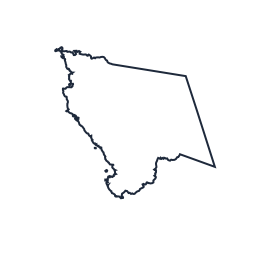 Baegu-Asifola, Malaita, Solomon Islands (Albers equal-area conic projection), rotated 200°
{"feature_id": "97153195B83644089590295", "entity_name": "Baegu-Asifola", "entity_type": "district", "adm_level": 2, "iso_a3": "SLB", "parent_name": "Solomon Islands", "parent_adm1": "Malaita", "projection": "albers", "projection_center": [160.871, -8.5], "detail": "fine", "context": "isolated", "style": "outline", "palette": "slate", "viewbox_px": 256, "rotation_deg": 200, "n_neighbors": 0, "source": "geoboundaries", "source_scale": "gbopen_adm2", "svg_char_len": 5924}
<svg xmlns="http://www.w3.org/2000/svg" viewBox="0 0 256 256"><g transform="rotate(200 128 128)"><path d="M33.1,121.2L69.0,167.7L91.5,196.5L164.5,182.5L165.7,182.6L167.2,182.4L168.9,182.6L169.9,183.1L170.7,184.2L171.8,184.3L172.8,184.9L173.7,185.8L175.1,186.4L176.5,186.1L177.8,185.4L178.8,184.5L180.2,184.2L181.6,183.6L182.4,183.1L182.8,182.3L183.5,182.4L184.0,182.6L185.3,181.1L186.0,180.7L186.7,181.2L187.2,182.6L188.8,183.3L190.0,183.6L190.6,182.9L190.5,182.2L190.9,182.0L192.8,182.7L195.3,181.6L197.5,181.3L198.8,181.2L199.3,182.4L198.9,183.3L200.4,183.6L201.6,182.2L202.7,183.0L204.8,182.1L203.2,180.9L202.1,179.7L202.8,178.4L203.9,178.0L206.0,180.2L207.2,179.5L208.8,179.9L211.1,178.8L211.9,179.4L213.0,178.9L214.3,178.2L215.2,178.0L216.4,178.1L216.7,178.2L216.8,178.5L216.6,178.8L216.9,179.4L216.6,179.8L216.9,180.6L217.1,180.9L217.6,181.2L218.1,181.2L219.0,180.3L219.1,180.0L219.1,179.5L219.5,179.0L220.2,178.5L220.5,177.7L221.3,177.5L222.0,177.7L222.9,176.3L222.9,175.9L222.7,175.5L222.4,175.4L222.0,175.6L220.9,176.6L219.2,177.4L218.1,177.1L217.3,176.6L216.4,176.6L216.1,176.3L215.9,175.4L215.1,174.9L213.6,174.7L213.4,173.6L213.0,173.2L212.6,173.0L212.5,172.5L211.7,171.4L211.2,171.1L210.7,171.2L210.5,170.9L210.5,170.0L209.3,168.5L208.3,166.8L207.5,166.0L207.1,164.6L206.8,164.1L206.1,163.6L205.5,163.0L205.2,162.9L204.1,162.8L204.0,163.4L203.8,163.4L203.6,163.1L202.9,162.7L202.7,162.1L202.5,161.9L201.9,161.8L201.6,161.5L200.9,161.5L200.4,161.0L199.9,160.9L198.9,161.2L199.3,160.6L199.1,160.3L199.0,159.9L200.2,159.8L201.7,157.6L200.9,156.9L201.0,156.0L200.2,154.7L200.3,154.0L200.1,153.7L198.4,152.4L198.1,152.5L197.7,152.8L197.6,152.7L197.6,151.7L196.8,150.5L195.7,150.5L194.9,150.2L194.7,150.4L194.5,150.0L195.0,149.2L194.9,148.8L194.5,148.3L194.9,147.6L194.9,147.2L195.1,146.9L198.9,145.7L199.4,145.3L199.9,144.4L200.1,143.6L200.8,143.2L202.3,143.0L202.6,142.8L202.5,142.3L202.0,141.2L201.3,140.6L201.1,139.1L200.8,138.6L199.6,137.7L199.1,136.9L198.2,136.3L197.5,136.1L196.5,136.4L196.3,136.3L195.7,135.0L195.5,134.2L194.9,133.8L194.7,133.5L193.7,132.7L193.2,131.2L193.3,129.9L192.9,129.2L192.9,128.8L192.0,126.9L190.9,125.4L190.2,125.3L190.1,125.2L190.5,124.5L190.5,123.9L189.9,123.1L188.4,122.4L187.2,122.2L186.0,122.4L183.5,121.6L182.7,122.0L182.3,121.7L182.1,121.2L181.6,121.2L181.5,121.7L181.3,121.7L179.8,120.4L179.4,120.4L178.5,120.7L178.0,120.7L177.7,119.6L178.2,119.4L178.4,119.2L178.0,117.8L177.4,117.7L177.1,117.5L175.8,116.1L174.7,114.6L174.2,114.4L173.5,114.4L173.0,114.0L171.5,113.8L168.8,112.0L168.1,110.8L166.8,110.1L166.4,109.7L164.8,109.0L164.2,109.0L163.7,109.2L163.1,108.7L162.9,108.7L162.5,108.1L161.7,107.5L161.3,107.4L161.0,107.5L160.5,107.2L159.8,108.1L159.7,107.9L160.0,107.4L160.0,106.9L159.3,106.5L159.2,106.1L158.8,105.9L158.2,105.2L157.9,104.4L157.2,104.5L157.1,103.5L155.3,102.1L154.4,101.8L154.0,102.1L153.9,101.9L153.7,101.9L153.4,101.7L153.0,101.8L153.1,101.4L152.6,101.1L152.2,101.1L151.9,101.7L151.6,101.2L151.3,100.9L151.0,101.0L150.6,100.9L150.3,101.0L150.1,100.7L149.6,101.0L149.5,100.6L148.1,100.1L147.9,100.3L147.6,100.0L146.9,99.9L146.6,100.5L146.4,100.5L146.3,100.2L146.6,100.0L146.6,99.7L146.3,99.8L146.1,99.7L145.2,98.3L144.5,97.9L144.0,97.3L142.9,96.7L142.7,96.7L142.2,96.0L142.1,95.6L141.9,95.5L141.6,94.9L141.1,94.5L140.4,94.2L139.9,93.5L139.5,93.4L139.4,92.1L138.7,91.4L138.6,90.9L137.8,90.5L137.4,90.0L136.3,89.6L135.7,89.6L134.8,88.9L134.1,88.9L133.7,88.4L132.5,87.6L129.3,88.4L129.2,88.3L129.7,87.6L129.8,87.2L129.6,86.9L129.6,86.5L129.3,85.6L128.4,85.0L127.5,84.8L126.9,84.2L125.5,84.1L126.1,83.6L125.9,83.2L125.6,83.1L124.8,81.4L124.2,80.8L123.6,80.6L124.3,80.0L125.0,79.9L125.3,78.9L125.1,78.8L125.1,78.4L124.9,78.1L125.6,77.4L125.8,76.7L126.8,76.6L127.1,76.4L127.6,76.8L128.1,76.6L128.3,76.3L129.0,76.5L129.9,75.6L129.6,75.2L129.2,75.0L129.6,74.8L129.8,74.4L129.7,74.0L130.0,73.3L129.8,72.7L129.5,72.8L129.2,72.5L128.9,70.8L129.1,70.5L129.0,70.1L128.7,70.0L129.6,69.3L129.4,68.7L128.3,67.5L127.7,67.3L127.3,67.7L127.5,67.0L127.1,66.7L127.2,66.4L125.7,64.7L124.5,63.8L122.5,62.9L122.1,62.9L121.9,62.4L121.7,62.4L120.7,61.3L120.1,61.4L119.1,61.3L117.6,60.9L117.1,60.4L117.0,59.8L116.5,59.5L115.6,60.0L115.4,59.6L113.2,60.6L112.4,60.5L110.6,59.6L108.8,60.6L108.9,61.1L109.6,61.7L110.6,61.7L110.9,62.4L110.9,63.2L111.1,64.3L110.1,65.6L109.4,66.9L109.0,68.2L107.2,68.4L105.2,67.1L104.3,67.7L102.6,67.1L101.7,68.0L100.6,67.8L99.3,68.4L98.6,70.0L97.6,71.6L96.2,72.6L95.9,73.4L95.8,74.9L93.5,77.2L93.1,78.1L95.0,80.0L94.3,80.8L92.8,80.6L92.0,81.2L91.8,83.2L91.0,83.5L90.2,83.1L89.7,83.4L87.9,83.6L86.3,84.5L85.5,85.5L86.2,87.4L85.0,89.9L85.0,91.4L86.9,92.2L86.3,93.1L86.5,93.9L87.0,94.7L86.5,95.6L87.0,97.4L87.5,98.1L88.4,97.6L89.2,97.9L88.2,99.4L87.9,101.0L89.5,104.0L89.7,105.3L89.5,107.2L89.6,108.7L89.4,110.2L88.7,110.1L88.0,110.4L87.4,110.0L87.1,110.1L87.0,111.0L86.1,110.3L85.7,110.6L85.4,111.6L84.7,111.6L84.0,111.3L83.8,111.7L83.8,112.4L82.3,112.4L81.8,112.2L80.8,112.8L79.4,111.7L78.4,111.6L77.3,111.7L76.6,113.0L75.1,113.2L73.4,114.0L72.4,115.2L71.7,117.5L70.8,117.9L70.2,120.3L70.2,121.1L33.1,121.2ZM181.0,118.8L180.8,118.5L180.6,118.3L180.0,118.2L179.6,118.4L179.3,118.1L179.2,117.7L178.7,117.6L178.8,118.3L179.8,120.0L180.3,120.2L180.6,119.9L180.7,119.3L181.0,118.8ZM134.6,79.9L133.9,79.4L133.1,79.7L132.9,80.7L133.3,81.1L133.7,81.2L134.1,80.8L134.6,79.9ZM198.2,149.0L198.2,148.5L197.8,148.1L197.5,148.1L197.5,148.3L197.2,148.5L197.3,149.2L197.8,149.4L198.1,149.3L198.2,149.0ZM215.2,172.6L215.0,172.2L214.4,171.8L213.6,171.6L213.6,172.1L214.9,172.7L215.2,172.6ZM131.7,71.8L131.6,71.2L131.4,70.9L131.0,71.2L130.7,71.2L130.9,71.7L130.9,71.9L131.7,71.8ZM152.4,98.0L152.3,97.7L152.0,97.6L151.3,97.9L151.3,98.1L151.7,98.3L152.4,98.0ZM184.0,120.5L183.7,120.2L182.9,120.3L183.4,120.9L183.9,120.8L184.0,120.5ZM191.8,122.8L191.5,122.7L191.1,122.7L191.0,122.8L191.0,123.1L191.6,123.2L191.8,122.8Z" fill="none" stroke="#1e293b" stroke-width="2"/></g></svg>